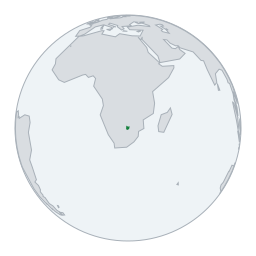 Kgatleng highlighted on a globe, orthographic projection
{"feature_id": "BWA-2646", "entity_name": "Kgatleng", "entity_type": "District", "adm_level": 1, "iso_a3": "BWA", "parent_name": "Botswana", "parent_adm1": "", "projection": "orthographic", "projection_center": [26.553, -24.114], "detail": "fine", "context": "on_globe", "style": "filled", "palette": "green", "viewbox_px": 256, "rotation_deg": 0, "n_neighbors": 0, "source": "natural_earth", "source_scale": "10m", "svg_char_len": 4546}
<svg xmlns="http://www.w3.org/2000/svg" viewBox="0 0 256 256"><circle cx="128" cy="128" r="113" fill="#eef3f6" stroke="#a8b0b8"/><path d="M16.7,110.8L16.6,112.3L18.2,110.8L18.5,114.2L18.1,117.4L19.1,116.6L19.2,118.4L24.8,114.8L29.2,116.1L30.1,122.5L28.4,132.4L31.5,150.1L29.7,159.9L32.3,167.2L36.4,179.7L34.9,182.0L38.5,185.5L40.4,189.7L40.3,191.8L43.0,195.1L43.1,196.5L45.0,197.5L49.3,203.6L52.9,205.9L57.1,210.5L59.4,211.7L59.5,212.3L60.6,213.6L62.1,214.6L60.4,214.9L55.3,211.6L52.4,208.9L52.4,209.4L45.9,202.8L47.4,204.7L39.6,196.6L33.8,188.5L22.7,167.8L21.5,164.8L18.9,156.1L17.0,147.1L15.8,138.1L15.4,129.0L15.7,119.8L16.7,110.8ZM64.6,215.0L61.3,215.3L62.5,214.9L59.9,212.2L62.9,212.7L64.6,215.0ZM58.5,207.7L57.5,205.5L58.3,205.7L59.1,207.2L58.5,207.7ZM125.6,15.4L120.2,15.8L119.1,16.0L120.4,16.1L116.4,17.4L112.9,18.0L112.0,17.0L107.1,17.8L108.5,17.1L113.6,16.3L125.6,15.4ZM134.5,15.5L137.0,15.8L136.7,15.7L138.9,15.9L139.3,15.9L147.3,17.0L155.2,18.7L163.0,20.9L170.6,23.7L177.9,27.0L185.1,30.9L191.9,35.2L198.3,40.0L204.5,45.3L210.2,51.0L215.5,57.1L220.4,63.5L224.7,70.3L228.6,77.4L232.0,84.7L232.2,85.2L236.7,98.5L237.4,101.4L237.2,103.6L236.7,101.3L233.1,91.5L234.1,98.0L237.0,107.3L238.0,115.9L236.6,111.0L235.3,103.5L234.0,99.8L233.1,93.8L229.6,83.4L228.1,82.8L227.0,79.3L222.0,70.2L219.1,69.2L215.4,73.7L216.8,82.5L214.7,85.1L207.2,69.5L203.6,60.8L201.0,60.4L193.1,51.9L180.0,47.8L178.0,45.6L175.6,45.8L170.0,43.1L166.9,39.9L163.6,39.5L171.9,48.1L175.4,48.7L178.2,46.5L179.8,49.6L185.1,53.4L179.7,59.0L160.0,62.6L157.9,56.0L142.0,39.4L142.3,37.9L142.3,37.7L142.1,37.4L140.8,39.9L138.0,37.1L146.7,47.5L148.2,52.4L159.7,62.9L158.7,63.8L162.3,66.3L173.8,65.6L173.9,67.9L168.6,77.6L152.6,91.6L154.6,103.3L153.3,113.5L143.2,119.9L143.9,128.5L138.6,131.4L138.2,136.4L133.9,141.9L126.7,147.2L114.7,148.0L114.1,143.2L108.3,134.7L100.2,114.9L103.4,105.6L102.3,99.0L93.7,86.2L95.6,78.5L93.2,75.8L88.4,77.4L85.6,74.4L82.7,75.0L64.3,82.4L58.7,79.8L52.1,69.9L55.4,63.9L56.0,58.7L78.9,36.4L83.7,35.8L101.8,30.7L104.0,30.8L101.9,34.1L115.4,36.8L119.7,33.7L132.0,35.8L140.1,36.0L143.1,30.2L129.7,29.7L127.4,27.1L138.1,25.2L149.8,26.6L149.3,25.6L141.9,23.1L144.6,22.0L139.4,22.2L141.5,23.2L138.3,23.5L136.1,22.7L137.2,22.2L133.7,21.8L129.6,24.6L131.3,25.8L122.1,26.5L124.1,28.8L121.6,30.0L117.3,26.7L117.7,25.5L109.8,23.1L108.5,24.4L115.9,26.9L113.6,26.8L111.9,29.1L111.3,27.3L103.6,24.8L95.3,26.9L84.6,34.2L79.8,36.0L75.7,36.3L79.7,30.6L90.1,27.3L91.6,25.7L89.5,24.8L92.9,24.0L93.3,23.4L97.2,22.4L102.8,20.1L106.8,19.4L109.1,17.9L111.5,17.4L109.4,18.3L110.2,18.8L120.1,17.8L122.1,17.4L122.7,16.7L125.4,16.7L124.8,16.2L130.5,16.0L123.0,15.9L123.6,15.6L127.0,15.4L126.1,15.4L134.5,15.5ZM71.1,45.5L70.5,47.0L71.1,45.5ZM162.4,31.6L169.2,33.3L165.8,29.5L168.2,30.0L166.1,28.7L165.5,29.3L160.5,26.1L163.4,26.0L162.4,24.8L160.0,24.2L155.6,25.0L162.7,29.4L161.3,30.4L162.4,31.6ZM91.9,21.9L93.2,21.7L91.6,22.5L86.6,24.3L88.7,23.1L91.9,21.9ZM95.4,21.3L95.9,20.3L99.1,19.4L97.2,20.0L99.3,19.5L96.8,20.4L99.3,20.9L98.1,21.7L89.4,24.1L92.9,22.8L91.4,22.9L95.4,21.3ZM106.6,29.4L108.3,29.3L111.1,28.9L110.0,30.5L106.6,29.4ZM101.2,27.6L102.7,27.2L102.6,28.9L100.8,29.2L101.2,27.6ZM103.7,25.7L102.8,27.1L102.2,26.5L103.7,25.7ZM110.9,18.1L112.6,17.8L112.8,17.9L111.8,18.3L110.9,18.1ZM140.8,31.0L138.4,32.0L137.2,31.4L138.2,31.2L140.8,31.0ZM123.4,30.7L127.4,31.3L123.1,31.1L123.4,30.7ZM178.2,182.7L178.3,184.9L176.9,184.5L178.2,182.7ZM172.1,114.4L163.8,132.3L158.7,131.6L158.0,125.8L161.2,114.7L167.3,112.4L170.4,107.9L172.1,114.4ZM239.0,147.0L238.6,149.1L238.6,149.6L239.0,147.0ZM239.4,143.5L239.2,145.6L239.2,144.3L239.4,143.5ZM239.1,146.8L239.1,146.4L239.1,146.7L239.1,146.8ZM239.4,142.3L238.4,135.3L237.7,131.4L238.2,130.2L239.4,135.0L239.4,142.3ZM238.1,130.0L236.6,121.0L232.5,101.6L234.0,103.6L237.9,117.7L237.7,118.8L238.6,125.2L238.1,130.0ZM240.6,130.2L240.6,130.7L240.4,134.9L240.1,130.6L239.8,128.2L239.6,121.2L239.8,118.9L240.1,120.4L240.2,118.0L240.6,130.2ZM217.3,83.5L219.8,90.2L218.4,90.3L217.3,83.5ZM219.6,193.6L220.9,191.7L220.2,188.0L221.1,184.8L223.3,182.3L229.0,170.9L228.9,171.9L232.0,165.2L233.8,165.9L235.3,162.4L232.3,170.6L228.6,178.6L224.4,186.2L219.6,193.6Z" fill="#d9dde1" stroke="#a8b0b8" stroke-width="1"/><path d="M128.7,127.3L128.7,127.5L128.6,128.0L128.5,128.3L128.4,128.3L128.2,128.4L128.1,128.6L127.9,128.7L127.9,128.9L127.7,129.0L127.3,129.1L127.2,129.0L127.1,128.9L126.9,128.8L126.9,128.7L126.9,128.4L126.9,128.1L127.0,126.9L128.3,127.7L128.5,127.5L128.5,127.4L128.7,127.3Z" fill="#22c55e" stroke="#15803d" stroke-width="1.5"/></svg>